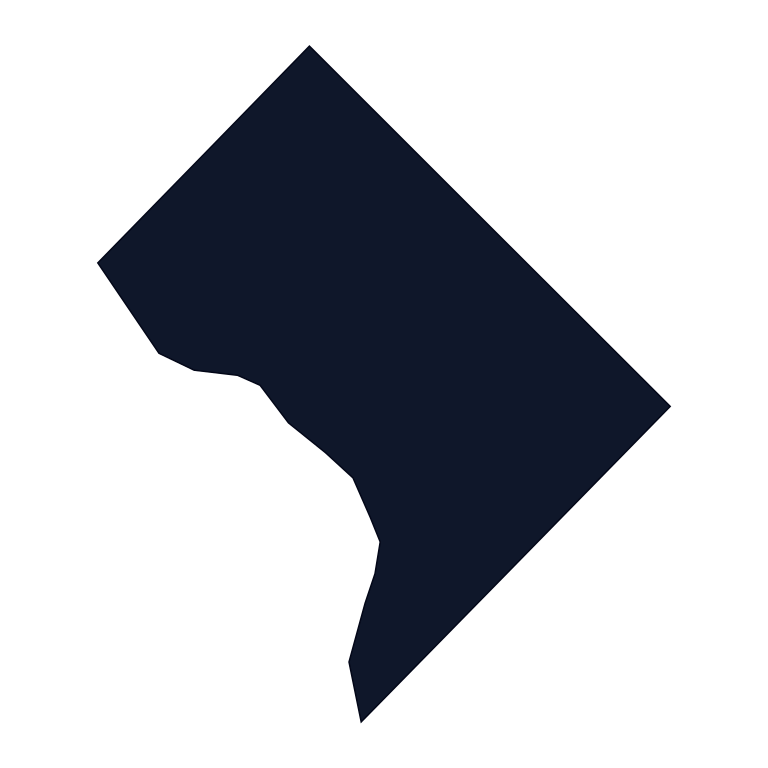 map outline of District of Columbia (orthographic projection)
{"feature_id": "USA-3556", "entity_name": "District of Columbia", "entity_type": "Federal District", "adm_level": 1, "iso_a3": "USA", "parent_name": "United States of America", "parent_adm1": "", "projection": "orthographic", "projection_center": [-77.033, 38.899], "detail": "fine", "context": "isolated", "style": "filled", "palette": "ink", "viewbox_px": 768, "rotation_deg": 0, "n_neighbors": 0, "source": "natural_earth", "source_scale": "10m", "svg_char_len": 382}
<svg xmlns="http://www.w3.org/2000/svg" viewBox="0 0 768 768"><path d="M361.2,721.9L349.0,662.0L365.1,603.2L375.0,573.7L380.2,541.9L370.3,517.4L353.0,477.9L325.4,452.6L288.5,422.9L260.1,385.3L237.6,375.3L194.2,370.2L159.0,353.3L97.8,262.9L208.5,149.6L309.4,46.1L476.4,213.0L670.2,406.4L509.9,570.2L361.2,721.9L361.2,721.9Z" fill="#0f172a" stroke="#020617" stroke-width="1.5"/></svg>